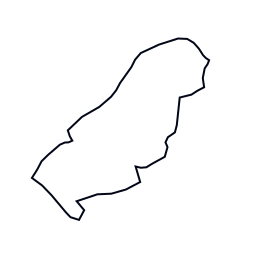 the border of Kiruhura, rotated 230°
{"feature_id": "UGA-3371", "entity_name": "Kiruhura", "entity_type": "District", "adm_level": 1, "iso_a3": "UGA", "parent_name": "Uganda", "parent_adm1": "", "projection": "equal_earth", "projection_center": [30.869, -0.246], "detail": "fine", "context": "isolated", "style": "outline", "palette": "ink", "viewbox_px": 256, "rotation_deg": 230, "n_neighbors": 0, "source": "natural_earth", "source_scale": "10m", "svg_char_len": 810}
<svg xmlns="http://www.w3.org/2000/svg" viewBox="0 0 256 256"><g transform="rotate(230 128 128)"><path d="M93.2,41.6L89.1,31.4L96.7,26.6L103.3,26.2L117.5,26.2L125.6,26.2L139.1,25.3L151.5,22.3L154.5,31.7L158.1,40.5L158.8,49.9L159.0,65.1L157.5,70.2L155.2,73.3L154.1,77.2L159.0,78.1L164.9,80.4L166.1,100.0L162.6,119.6L162.8,135.0L164.5,143.2L167.6,151.0L172.5,169.8L175.8,177.4L177.2,186.0L174.9,194.5L172.0,205.3L164.4,223.8L158.2,230.6L150.9,233.1L143.2,233.3L135.4,232.3L131.6,232.6L127.8,233.7L125.8,230.1L124.4,225.1L118.2,217.4L110.3,212.5L111.9,205.2L112.8,198.0L118.1,187.2L98.8,167.2L94.5,161.1L95.3,152.6L92.9,147.5L88.0,146.0L82.3,137.7L85.1,123.5L86.1,116.8L89.3,112.3L93.6,109.1L78.8,102.6L82.2,86.9L88.4,73.0L96.9,61.9L104.9,41.6L93.2,41.6Z" fill="none" stroke="#020617" stroke-width="2"/></g></svg>